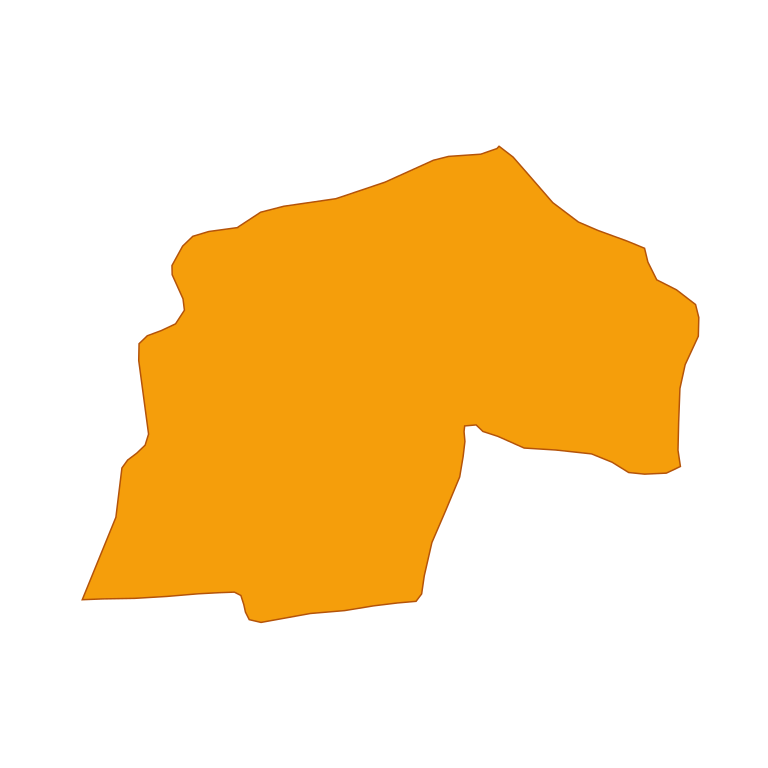 outline of Delčevo, rotated 265°
{"feature_id": "MKD-3005", "entity_name": "Delčevo", "entity_type": "Statistical Region", "adm_level": 1, "iso_a3": "MKD", "parent_name": "North Macedonia", "parent_adm1": "", "projection": "orthographic", "projection_center": [22.736, 41.933], "detail": "fine", "context": "isolated", "style": "filled", "palette": "amber", "viewbox_px": 768, "rotation_deg": 265, "n_neighbors": 0, "source": "natural_earth", "source_scale": "10m", "svg_char_len": 1248}
<svg xmlns="http://www.w3.org/2000/svg" viewBox="0 0 768 768"><g transform="rotate(265 384 384)"><path d="M195.4,64.6L274.6,105.3L323.2,115.6L330.6,122.0L336.6,131.6L343.9,140.7L354.6,145.1L428.8,141.7L445.5,143.5L452.7,152.4L456.6,166.7L462.1,181.6L474.9,191.6L486.4,191.2L511.3,182.5L520.5,183.1L538.9,195.4L547.8,206.4L551.0,221.8L551.2,223.0L552.6,252.0L553.1,252.3L565.9,276.1L569.8,299.6L572.8,352.2L585.0,402.6L602.6,452.7L605.1,468.1L604.5,500.4L608.7,517.0L610.8,519.3L610.6,519.6L605.6,525.0L598.8,532.4L578.8,547.0L550.0,567.9L528.4,591.8L518.3,610.6L505.1,638.8L496.5,655.4L482.5,657.5L464.0,664.8L452.3,683.6L436.0,701.3L422.8,703.4L407.7,701.7L404.2,701.3L377.0,685.7L353.7,678.4L320.3,674.2L292.4,671.1L276.0,672.1L271.8,660.8L270.6,657.5L271.5,635.7L274.5,620.0L286.2,604.4L296.3,584.6L303.3,549.2L308.0,518.0L321.9,492.9L328.1,478.4L335.2,472.2L335.2,460.7L329.6,459.6L319.7,459.6L304.8,456.5L284.8,451.3L252.9,434.6L221.9,417.9L189.4,407.4L171.6,403.2L164.7,397.0L164.7,378.2L163.9,354.3L161.7,325.1L161.8,290.7L160.5,276.5L157.2,240.7L161.0,229.2L168.8,226.1L176.5,225.1L185.8,223.0L189.7,216.8L190.5,201.2L191.2,180.4L191.3,149.1L192.2,116.8L194.4,85.5L195.4,64.6Z" fill="#f59e0b" stroke="#b45309" stroke-width="1.5"/></g></svg>